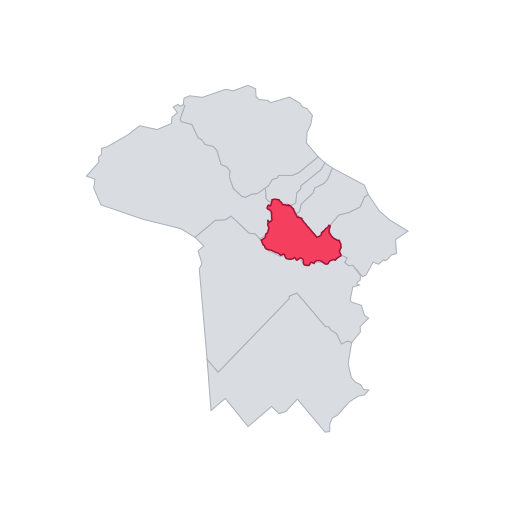 Burkina Faso highlighted, Mercator projection, rotated 230°
{"feature_id": "BFA", "entity_name": "Burkina Faso", "entity_type": "country or territory", "adm_level": 0, "iso_a3": "BFA", "parent_name": "Africa", "parent_adm1": "", "projection": "mercator", "projection_center": [-1.603, 12.251], "detail": "fine", "context": "with_neighbors", "style": "filled", "palette": "rose", "viewbox_px": 512, "rotation_deg": 230, "n_neighbors": 8, "source": "natural_earth", "source_scale": "50m", "svg_char_len": 6942}
<svg xmlns="http://www.w3.org/2000/svg" viewBox="0 0 512 512"><g transform="rotate(230 256 256)"><path d="M136.0,302.4L135.0,290.4L130.8,287.2L128.2,273.6L131.9,271.5L133.7,264.8L144.9,267.7L151.1,265.5L155.4,266.2L157.1,263.7L201.3,263.5L203.8,255.5L201.9,254.1L191.2,152.2L208.1,152.0L282.5,204.2L285.1,209.7L297.1,215.0L297.2,222.4L309.5,221.3L309.5,248.0L303.5,255.7L302.5,262.7L277.7,265.5L273.6,269.6L259.5,270.1L256.7,267.9L250.6,269.5L240.3,274.3L238.2,277.8L229.7,282.9L228.2,285.8L223.5,288.1L218.2,286.6L215.2,289.4L213.6,297.1L204.8,306.5L205.1,310.3L202.1,315.1L202.8,321.6L195.7,324.7L194.0,319.9L188.9,320.9L186.8,324.2L173.8,323.4L170.5,320.2L171.0,316.9L169.7,315.5L167.3,316.6L170.0,310.1L161.7,299.8L159.5,299.5L150.3,305.0L140.7,300.9L136.0,302.4Z" fill="#d9dde1" stroke="#a8b0b8" stroke-width="1"/><path d="M74.2,199.6L76.6,195.7L119.8,195.7L117.7,178.6L120.4,172.4L130.7,171.3L130.4,140.3L166.6,140.9L166.6,122.2L208.1,152.0L191.2,152.2L201.9,254.1L203.8,255.5L201.3,263.5L157.1,263.7L155.4,266.2L151.1,265.5L144.9,267.7L133.7,264.8L131.9,271.5L128.2,273.6L114.2,257.3L101.6,250.9L95.4,251.0L90.1,253.5L84.6,252.6L80.8,256.2L79.8,250.0L82.9,244.4L84.3,233.5L81.7,216.1L82.8,210.3L80.0,204.7L74.2,199.6Z" fill="#d9dde1" stroke="#a8b0b8" stroke-width="1"/><path d="M292.1,367.4L283.0,368.7L280.3,361.1L280.8,335.5L278.5,333.2L278.1,327.7L270.9,320.5L272.3,314.6L276.1,313.3L278.4,308.4L283.8,307.3L289.9,300.6L293.8,300.6L302.2,307.1L301.8,310.8L304.3,317.5L302.1,322.0L303.3,325.0L294.5,335.4L292.4,342.4L292.1,367.4Z" fill="#d9dde1" stroke="#a8b0b8" stroke-width="1"/><path d="M426.2,177.5L428.9,196.0L433.0,199.0L433.2,202.8L437.8,206.8L435.4,211.9L431.2,235.6L430.6,250.6L416.5,261.4L411.8,276.4L416.3,280.7L416.3,288.0L423.4,288.2L422.3,293.6L419.2,294.2L418.8,297.8L416.8,298.1L409.3,285.7L406.7,285.2L398.1,291.5L383.6,287.6L380.4,289.2L374.0,288.8L367.5,293.7L361.8,293.9L348.5,288.1L343.3,290.9L337.6,290.7L333.5,286.4L322.4,282.1L310.6,283.5L307.7,285.9L306.2,292.5L303.0,297.0L302.2,307.1L293.8,300.6L289.9,300.6L286.2,303.9L286.4,296.2L273.7,293.6L273.4,288.2L267.1,280.8L265.7,275.6L266.5,270.0L273.6,269.6L277.7,265.5L302.5,262.7L303.5,255.7L309.5,248.0L309.5,221.3L325.0,216.1L357.0,192.9L394.8,170.1L412.2,175.3L418.4,181.9L426.2,177.5Z" fill="#d9dde1" stroke="#a8b0b8" stroke-width="1"/><path d="M292.1,367.4L292.4,342.4L294.5,335.4L303.3,325.0L302.1,322.0L304.3,317.5L301.8,310.8L303.0,297.0L306.2,292.5L307.7,285.9L310.6,283.5L322.4,282.1L333.5,286.4L337.6,290.7L343.3,290.9L348.5,288.1L361.8,293.9L367.5,293.7L374.0,288.8L380.4,289.2L383.6,287.6L398.1,291.5L406.7,285.2L409.3,285.7L416.8,298.1L418.8,297.8L423.2,302.3L421.4,308.1L412.1,316.8L403.1,340.1L397.2,344.7L392.0,359.4L384.4,363.2L378.2,358.6L374.0,358.8L367.4,365.3L364.2,365.4L356.2,383.9L344.7,387.9L340.5,387.3L336.3,389.8L327.5,389.6L321.6,382.6L317.9,374.6L310.1,367.3L292.1,367.4Z" fill="#d9dde1" stroke="#a8b0b8" stroke-width="1"/><path d="M272.3,314.6L270.9,320.5L278.1,327.7L278.5,333.2L280.8,335.5L280.3,361.1L283.0,368.7L274.1,371.1L268.7,360.2L267.8,354.6L270.3,344.6L267.5,340.5L266.5,323.6L261.8,317.8L262.7,314.3L272.3,314.6Z" fill="#d9dde1" stroke="#a8b0b8" stroke-width="1"/><path d="M262.7,314.3L261.8,317.8L266.5,323.6L267.5,340.5L270.3,344.6L267.8,354.6L268.7,360.2L274.1,371.1L240.7,384.6L230.9,381.5L231.4,377.1L226.6,367.5L229.5,355.0L234.1,345.6L229.7,321.3L230.0,314.9L262.7,314.3Z" fill="#d9dde1" stroke="#a8b0b8" stroke-width="1"/><path d="M171.6,324.3L186.8,324.2L188.9,320.9L194.0,319.9L195.7,324.7L202.8,321.6L214.6,330.1L218.5,327.3L223.7,326.9L231.2,329.7L234.1,345.6L229.5,355.0L226.6,367.5L231.4,377.1L230.9,381.5L211.1,379.5L198.0,381.5L177.3,388.4L178.9,373.6L167.5,365.1L169.9,360.2L168.8,354.8L169.3,351.6L171.1,351.6L170.9,344.6L176.0,341.7L170.7,328.1L171.6,324.3Z" fill="#d9dde1" stroke="#a8b0b8" stroke-width="1"/><path d="M272.3,314.6L269.5,314.7L268.5,315.0L267.8,315.0L267.8,314.8L267.7,314.6L264.2,313.7L261.6,313.2L259.1,312.6L259.0,313.2L258.6,313.5L258.0,313.6L257.7,313.5L257.4,313.9L257.0,314.4L256.4,314.7L255.8,315.0L255.5,315.3L255.2,315.3L254.7,314.6L253.9,314.6L252.4,314.7L251.8,314.5L250.9,314.4L248.8,314.6L245.4,314.3L244.9,314.4L244.8,314.6L241.4,314.6L237.8,314.6L234.7,314.7L232.0,314.7L231.2,314.5L231.1,314.8L230.3,317.6L230.2,319.1L230.6,320.0L231.1,320.6L231.6,320.9L231.7,321.2L231.3,321.7L231.3,322.1L231.8,322.6L231.9,323.1L231.6,323.6L231.7,324.8L232.1,326.8L232.1,328.0L231.7,328.6L231.9,329.6L232.5,331.0L232.7,331.5L232.4,331.8L231.9,332.2L231.3,332.2L230.7,331.3L230.4,331.0L229.9,330.1L229.4,329.2L228.8,328.9L228.3,328.5L227.5,327.4L226.8,326.9L226.1,327.1L225.0,326.9L222.9,326.6L220.6,326.7L219.6,326.9L218.7,327.3L216.3,328.2L215.3,328.6L214.6,329.7L213.8,329.7L213.0,329.3L212.5,328.8L211.4,328.9L210.3,328.5L209.3,327.5L208.5,327.2L207.6,326.5L207.3,325.2L206.7,324.3L206.1,323.0L205.3,322.5L204.4,322.2L203.0,322.2L202.2,321.7L201.5,321.0L201.7,320.3L202.0,319.4L202.0,318.5L202.2,317.1L202.1,315.3L201.8,314.0L202.6,313.5L203.4,313.1L203.9,312.2L204.5,310.3L204.7,308.6L204.5,308.0L204.3,307.6L204.0,306.8L203.9,306.0L204.1,305.2L204.7,304.5L205.5,303.9L206.1,303.6L207.6,303.3L209.5,302.9L210.6,302.4L211.4,301.9L211.8,301.5L212.3,300.7L213.0,300.1L213.5,299.5L213.6,297.7L213.6,296.7L213.2,296.2L213.0,295.7L215.8,294.3L215.8,293.3L215.4,292.2L214.9,291.4L214.7,290.6L215.4,289.7L216.1,289.1L216.6,288.5L217.7,287.6L218.9,287.4L219.9,287.7L223.0,289.8L223.5,289.9L224.1,289.7L224.9,289.2L226.0,288.8L226.4,287.4L226.3,285.4L226.6,284.5L227.1,284.3L228.9,284.7L229.3,284.7L229.8,284.6L230.2,284.3L230.2,283.6L230.1,283.0L230.7,281.2L231.7,279.8L233.9,278.0L234.5,277.7L235.3,277.5L239.1,278.7L239.7,278.4L240.6,275.4L241.7,275.1L242.9,275.1L243.7,274.8L244.1,274.6L245.9,273.5L249.1,272.0L250.8,271.3L251.2,271.0L252.4,269.9L254.0,268.7L255.0,268.4L256.5,268.3L257.4,268.6L257.6,268.9L257.9,269.1L259.8,268.6L262.5,269.4L264.8,270.2L264.6,270.8L264.6,271.7L264.4,273.2L264.2,275.0L265.2,276.1L266.3,277.3L266.6,277.8L266.3,279.0L266.5,279.8L267.1,280.9L268.2,282.4L269.2,284.0L269.9,284.2L270.6,284.3L271.1,284.6L271.7,284.9L272.3,285.0L272.8,285.4L273.2,285.7L273.6,286.7L274.8,287.3L275.6,287.9L275.3,288.2L274.3,288.1L273.3,287.8L273.2,288.3L273.1,290.0L273.3,291.5L273.5,291.7L274.5,292.0L276.8,293.8L278.9,295.6L279.7,296.1L280.8,296.3L282.1,296.3L282.7,296.2L284.0,295.3L284.7,295.2L285.3,295.2L285.6,295.3L286.2,296.1L286.8,297.2L287.0,298.0L286.9,298.4L286.7,298.6L285.7,298.8L285.2,299.0L285.3,299.8L285.5,300.1L286.6,301.7L288.2,303.9L288.8,304.4L288.5,305.1L287.6,306.7L287.0,307.4L284.2,309.8L282.9,309.5L280.0,310.0L279.6,309.5L279.0,309.4L278.1,309.5L277.8,309.7L277.7,309.9L277.5,310.3L276.9,311.2L276.5,311.4L276.0,311.6L275.4,311.6L275.0,311.7L275.0,312.2L274.9,312.6L274.5,312.8L274.3,313.2L274.4,313.7L274.1,313.9L273.6,313.8L273.3,313.6L273.0,314.2L272.6,314.6L272.3,314.6Z" fill="#f43f5e" stroke="#9f1239" stroke-width="1.5"/></g></svg>